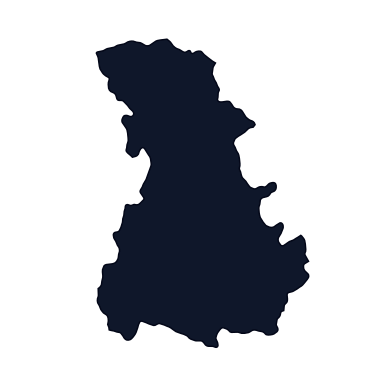 outline of San Ignacio de Sabaneta, Santiago Rodríguez, Dominican Republic, rotated 173°
{"feature_id": "3306468B60341362842796", "entity_name": "San Ignacio de Sabaneta", "entity_type": "district", "adm_level": 2, "iso_a3": "DOM", "parent_name": "Dominican Republic", "parent_adm1": "Santiago Rodríguez", "projection": "mercator", "projection_center": [-71.312, 19.362], "detail": "fine", "context": "isolated", "style": "filled", "palette": "ink", "viewbox_px": 384, "rotation_deg": 173, "n_neighbors": 0, "source": "geoboundaries", "source_scale": "gbopen_adm2", "svg_char_len": 5992}
<svg xmlns="http://www.w3.org/2000/svg" viewBox="0 0 384 384"><g transform="rotate(173 192 192)"><path d="M89.3,135.7L92.3,134.2L94.6,133.2L97.2,131.9L100.7,131.1L101.6,130.8L107.5,127.7L108.9,127.5L109.7,127.8L110.4,128.4L112.1,131.6L112.4,133.2L112.3,134.8L111.7,136.3L108.7,140.1L106.3,144.5L105.9,145.4L105.7,147.0L105.7,148.0L106.0,149.0L106.5,149.8L107.2,150.4L108.1,150.6L108.5,150.6L112.2,148.9L114.7,147.5L115.7,147.2L117.3,147.1L119.3,147.6L122.5,149.5L123.1,150.2L125.1,153.4L127.4,158.4L127.8,161.1L127.9,163.4L127.7,167.5L127.4,169.1L126.2,171.7L125.2,175.6L124.6,176.5L123.9,177.1L122.6,177.8L118.5,178.3L117.1,178.6L115.5,179.7L113.9,181.6L113.1,182.0L110.4,182.8L109.6,183.3L108.6,184.4L108.0,185.8L107.7,187.9L107.8,188.9L108.2,190.3L109.0,191.0L109.9,191.4L110.9,191.5L112.4,191.4L113.9,191.1L114.9,190.6L117.3,188.7L118.6,188.1L119.4,188.0L121.9,188.8L123.9,188.9L125.4,188.6L127.5,187.7L128.4,187.4L129.4,187.4L130.3,187.6L133.1,189.2L134.1,190.1L136.0,193.4L137.3,196.1L140.0,199.6L140.5,200.6L141.0,202.6L141.4,206.2L142.1,208.4L142.2,209.2L142.1,210.0L141.3,212.1L141.0,214.3L140.9,219.5L141.1,222.9L141.5,224.5L142.9,227.6L143.8,231.1L144.9,233.7L145.0,235.2L144.8,236.1L143.0,239.3L141.9,240.2L139.1,241.8L136.8,242.8L132.4,245.0L128.1,248.2L126.1,248.8L123.4,248.9L121.2,251.1L121.7,253.0L122.5,254.2L123.6,255.1L125.4,256.0L126.7,256.9L129.0,259.3L129.6,260.2L132.3,266.0L133.1,267.2L134.7,268.4L138.0,269.2L138.9,269.7L139.7,270.3L140.6,271.4L141.8,274.0L143.2,276.4L143.8,277.1L144.7,277.5L146.2,277.8L151.3,277.7L152.9,277.9L154.3,278.4L155.2,279.4L155.5,280.6L154.7,283.0L154.0,287.0L153.5,288.2L152.7,289.4L152.5,290.6L152.7,291.5L153.8,294.0L154.7,297.5L156.1,300.7L156.8,303.7L157.5,305.8L157.7,306.6L156.0,313.0L155.2,314.3L153.0,317.2L155.7,319.3L159.3,322.8L163.2,326.8L165.4,330.0L166.2,330.6L168.1,331.0L170.1,330.9L171.6,330.5L173.6,329.5L174.8,329.4L175.6,329.7L175.9,330.0L176.6,332.1L177.2,332.6L178.4,332.7L180.3,331.8L181.1,331.6L182.1,331.5L183.1,331.8L184.3,332.6L187.0,334.8L189.7,336.2L191.2,337.4L192.9,339.3L195.1,343.3L196.0,344.4L198.2,346.7L205.1,346.7L208.0,346.5L209.5,346.1L215.9,342.8L217.0,342.5L218.5,342.5L219.5,342.7L220.5,343.1L223.9,345.7L225.3,346.5L228.8,347.4L231.9,348.8L233.6,349.1L235.4,349.1L237.6,348.7L239.8,347.7L241.3,347.2L247.5,346.7L249.0,346.3L251.2,345.3L252.3,345.1L258.5,344.6L259.6,344.3L262.8,343.0L268.7,342.5L269.7,342.1L270.0,341.4L269.0,338.1L268.7,336.5L268.6,327.9L268.2,325.2L266.3,321.2L265.4,319.8L263.5,317.8L260.9,315.9L260.6,315.6L260.3,314.7L260.5,313.5L261.6,311.0L262.0,308.9L262.1,305.1L261.5,303.1L260.3,301.6L257.5,299.9L256.2,298.5L255.7,297.1L255.2,293.7L254.6,292.5L253.5,291.9L250.3,291.4L249.1,290.7L245.4,285.8L243.6,282.6L240.9,279.3L240.3,277.8L240.3,276.8L240.6,275.9L241.5,274.8L242.4,274.4L243.4,274.3L244.4,274.5L246.7,275.7L247.7,276.0L249.1,276.1L250.1,275.9L250.8,275.3L251.4,274.6L252.5,272.7L252.8,271.8L252.9,270.2L252.6,269.3L249.7,263.7L249.1,262.3L248.9,261.2L248.7,258.3L248.8,253.7L249.0,250.9L249.5,249.4L250.7,246.8L251.4,243.8L252.2,241.8L252.3,240.9L252.0,240.0L250.9,238.4L248.4,235.7L246.9,233.8L243.4,234.3L242.0,234.9L240.6,236.2L239.4,238.9L237.8,241.0L237.0,241.6L236.2,242.0L235.7,242.1L234.8,241.8L234.1,241.3L233.6,240.5L230.7,234.3L229.6,232.2L229.1,230.2L229.0,225.8L229.1,224.2L229.6,222.7L236.0,210.0L239.3,205.7L240.8,202.9L242.7,200.5L243.4,199.2L243.4,198.3L243.2,197.5L240.5,192.2L240.5,191.3L240.7,190.4L244.9,187.1L246.2,186.3L247.2,186.0L248.7,186.0L251.0,186.7L253.4,186.1L254.8,186.1L257.1,187.2L257.9,187.4L258.8,187.2L259.2,187.0L259.5,186.7L259.9,185.9L260.4,183.7L261.6,181.0L262.5,177.0L263.9,173.9L264.7,170.3L266.9,165.4L268.7,162.7L269.3,162.0L270.5,161.5L273.3,161.3L274.1,161.0L274.8,160.3L275.2,159.5L275.3,158.5L275.2,156.4L275.0,155.4L273.6,152.3L272.5,148.3L271.2,145.7L271.0,144.1L271.1,142.1L272.4,139.0L273.1,136.0L273.7,134.5L275.3,132.3L276.6,131.3L277.6,130.8L279.8,130.4L286.0,130.4L287.4,130.0L288.2,129.5L288.7,128.7L290.2,125.9L290.6,123.6L290.7,119.6L291.0,117.9L292.2,114.7L293.1,111.3L293.5,110.4L294.5,109.3L295.2,108.6L296.9,107.6L297.5,100.8L297.8,99.7L298.8,97.6L299.2,95.6L299.1,93.5L297.8,90.4L296.9,86.9L296.3,85.5L294.6,82.8L291.9,80.5L291.3,79.7L290.9,78.8L290.6,77.1L290.7,74.7L290.9,73.6L291.8,70.7L291.0,67.8L291.0,65.2L289.3,64.5L286.4,63.6L283.8,62.3L280.6,61.3L279.7,60.4L278.1,57.6L277.1,55.3L276.2,54.1L275.1,53.2L274.0,52.9L273.0,52.8L271.4,53.0L270.0,53.7L268.0,55.4L265.8,57.8L264.6,59.6L262.4,64.1L261.3,66.8L259.9,69.1L259.3,69.7L258.9,69.9L258.0,70.0L257.1,69.8L253.4,67.9L250.9,66.4L246.5,64.3L245.0,64.2L242.1,65.3L241.1,65.5L240.1,65.4L235.7,63.4L233.2,61.9L231.4,61.0L229.7,59.8L226.5,56.8L224.9,55.4L220.0,52.9L217.7,51.9L214.9,50.2L213.9,49.3L212.6,47.4L211.2,46.2L206.8,44.0L205.3,43.7L201.6,43.3L200.2,42.8L198.9,41.4L197.2,38.5L195.7,37.3L194.3,36.9L190.1,36.3L187.7,35.1L186.9,34.9L186.0,35.1L185.6,35.3L185.3,35.7L184.9,36.6L184.9,38.0L185.0,39.5L186.2,43.4L186.0,44.7L184.9,47.3L183.8,49.1L181.3,51.8L179.7,53.1L178.4,53.6L177.1,53.3L174.2,51.8L172.8,50.6L171.2,48.5L169.9,47.9L164.2,47.4L163.2,47.2L160.1,45.8L156.9,45.4L153.2,45.6L152.2,45.9L149.1,47.3L148.1,47.5L146.5,47.4L145.1,47.0L142.9,46.0L139.1,44.8L137.6,43.7L136.0,41.6L135.2,41.2L133.7,40.8L131.6,40.7L129.5,40.8L127.9,41.2L124.7,43.0L123.8,44.0L123.5,44.9L123.5,46.4L124.5,49.3L124.6,50.1L123.3,54.5L123.0,55.3L122.4,56.0L121.0,57.0L120.1,58.0L119.4,59.2L118.7,61.4L118.2,62.2L117.0,62.8L115.4,63.1L114.4,67.7L114.1,68.5L113.5,69.2L111.5,70.8L111.0,71.6L110.6,72.5L110.3,74.2L110.2,78.0L110.0,79.0L109.5,79.9L108.2,80.5L104.8,80.9L103.4,81.3L99.3,83.1L96.8,84.5L95.0,85.3L93.6,86.2L91.5,88.1L88.3,91.2L86.9,92.9L86.5,93.8L86.4,95.4L86.7,96.3L89.7,100.1L90.3,101.6L90.5,102.6L90.4,104.7L90.2,105.6L89.8,106.5L88.6,107.3L84.8,109.0L87.4,115.4L87.6,116.3L87.4,117.6L86.5,119.2L86.1,121.2L85.9,126.5L86.1,130.1L86.4,131.2L86.9,132.3L88.5,134.9L89.3,135.7Z" fill="#0f172a" stroke="#020617" stroke-width="1.5"/></g></svg>